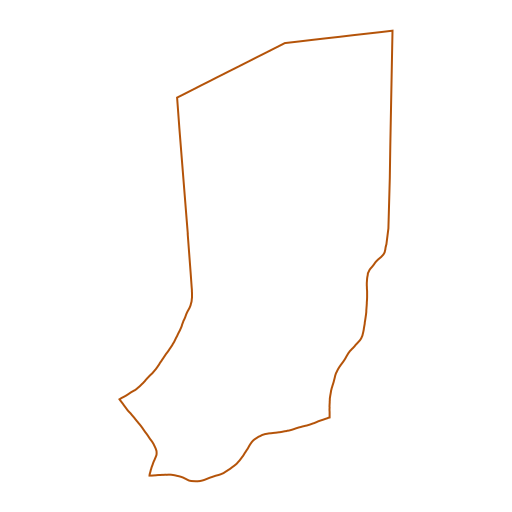 the district of Al Qaff, Hadramawt, Yemen
{"feature_id": "15242507B27832262197062", "entity_name": "Al Qaff", "entity_type": "district", "adm_level": 2, "iso_a3": "YEM", "parent_name": "Yemen", "parent_adm1": "Hadramawt", "projection": "albers", "projection_center": [48.909, 17.431], "detail": "fine", "context": "isolated", "style": "outline", "palette": "amber", "viewbox_px": 512, "rotation_deg": 0, "n_neighbors": 0, "source": "geoboundaries", "source_scale": "gbopen_adm2", "svg_char_len": 6034}
<svg xmlns="http://www.w3.org/2000/svg" viewBox="0 0 512 512"><path d="M392.5,30.7L381.6,32.0L368.2,33.5L353.8,35.1L339.7,36.8L326.1,38.3L312.2,39.9L298.8,41.5L284.8,43.1L272.2,49.5L264.9,53.2L256.9,57.2L245.1,63.2L237.0,67.3L229.0,71.3L216.7,77.5L209.1,81.4L201.1,85.4L189.2,91.5L177.1,97.6L179.4,128.7L186.7,220.2L187.8,233.8L187.7,233.9L190.7,273.7L191.6,286.3L191.7,287.6L191.8,288.8L191.9,290.0L191.9,291.5L192.0,292.8L192.0,294.0L192.0,297.6L191.8,299.0L191.7,300.2L191.5,301.8L191.1,303.1L190.8,304.3L190.5,305.5L190.0,306.7L189.6,307.7L188.9,309.0L188.3,310.1L187.5,311.5L186.8,313.0L186.3,314.1L185.8,315.5L185.2,317.2L184.6,318.6L184.1,319.7L183.5,320.8L183.1,322.0L182.6,323.3L182.1,324.6L181.8,325.8L181.4,326.9L180.8,328.3L180.2,329.6L180.1,329.9L179.5,331.1L178.9,332.2L178.4,333.2L177.8,334.4L177.2,335.8L175.9,338.2L175.4,339.3L174.8,340.5L174.2,341.8L173.4,343.1L172.7,344.2L172.1,345.4L171.3,346.5L170.6,347.6L169.8,348.7L168.9,350.1L168.5,350.7L168.0,351.4L167.2,352.5L166.3,353.6L165.6,354.6L164.9,355.7L164.0,357.0L163.3,358.1L162.6,359.1L162.3,359.5L161.5,360.8L160.8,361.8L160.6,362.0L159.8,363.2L159.1,364.5L158.1,365.9L157.3,367.1L156.5,368.2L155.7,369.3L154.8,370.3L154.0,371.3L153.2,372.2L152.4,373.2L151.4,374.1L150.3,375.1L149.4,376.0L148.4,377.1L147.5,378.0L146.6,379.0L145.6,380.1L144.8,381.2L144.0,382.0L143.1,383.0L142.0,384.0L139.9,386.1L139.0,386.9L138.0,387.7L137.0,388.6L135.9,389.5L134.9,390.2L134.3,390.5L133.8,390.7L132.8,391.3L131.7,391.9L130.7,392.5L128.4,394.1L125.9,395.7L124.8,396.3L123.7,396.9L122.5,397.5L121.5,398.0L120.2,398.9L119.5,399.3L119.9,399.9L120.8,401.1L121.8,402.4L122.9,403.8L123.7,405.0L124.6,406.2L126.1,408.2L126.9,409.3L127.8,410.5L128.7,411.5L129.7,412.5L130.6,413.4L131.7,414.8L134.3,417.8L135.1,418.9L136.1,420.1L136.4,420.5L136.8,421.0L137.6,421.9L138.6,423.2L139.5,424.2L140.4,425.3L141.4,426.6L142.1,427.6L142.3,427.8L142.8,428.6L143.7,429.9L144.6,431.2L145.3,432.2L146.1,433.2L147.0,434.4L147.7,435.4L148.5,436.6L149.2,437.7L150.0,438.9L150.7,439.8L151.4,440.7L152.4,442.1L153.1,443.3L153.5,443.9L153.8,444.6L154.5,446.0L155.2,447.5L155.7,448.6L156.1,449.8L156.5,451.0L156.6,452.5L156.6,453.9L156.4,455.2L155.9,456.5L155.5,457.5L155.0,458.6L154.5,459.9L153.9,461.1L153.3,462.6L152.9,463.7L152.6,464.7L152.4,465.2L151.9,466.5L151.5,467.6L151.2,468.8L150.8,469.9L150.5,471.3L150.1,472.7L149.7,474.1L149.5,475.4L149.5,475.6L149.8,475.6L151.2,475.6L153.0,475.5L154.1,475.4L155.8,475.3L157.4,475.1L159.0,475.0L160.4,475.0L161.5,474.9L162.9,474.9L164.3,474.8L165.5,474.7L166.6,474.8L168.0,474.7L169.5,474.7L170.7,474.7L171.7,474.8L173.0,475.0L174.3,475.2L175.7,475.5L176.8,475.8L178.3,476.1L179.5,476.4L180.6,476.7L182.1,477.2L183.4,477.7L184.5,478.3L185.6,478.8L186.7,479.4L187.7,479.9L188.9,480.5L190.1,480.8L191.3,481.0L192.7,481.1L194.3,481.2L197.2,481.3L198.3,481.2L199.5,481.1L201.1,480.8L201.5,480.7L202.3,480.5L203.4,480.2L204.6,479.8L206.1,479.2L207.1,478.8L208.3,478.3L209.3,477.9L210.7,477.4L212.0,477.0L213.1,476.6L214.3,476.2L215.4,475.8L216.9,475.4L218.2,475.1L219.8,474.6L220.9,474.2L222.1,473.7L223.5,473.1L224.7,472.3L225.9,471.5L227.2,470.7L228.2,470.0L229.4,469.3L230.4,468.6L231.8,467.5L232.3,467.1L232.9,466.7L233.7,466.1L233.9,466.0L234.9,465.2L235.9,464.4L236.9,463.5L237.9,462.3L239.0,461.1L239.8,460.2L240.6,459.1L241.3,458.2L242.0,457.2L242.9,456.1L243.8,454.7L244.6,453.3L245.7,451.7L246.7,450.1L247.7,448.7L248.3,447.6L249.0,446.3L249.7,445.1L250.6,443.7L251.2,442.9L251.5,442.4L252.6,441.1L253.5,440.2L254.5,439.4L255.7,438.6L256.8,437.9L258.3,436.9L259.3,436.4L260.4,436.0L261.5,435.3L262.7,434.8L263.8,434.5L264.6,434.2L265.0,434.1L266.2,433.9L267.4,433.7L268.9,433.4L270.3,433.3L271.5,433.2L272.9,433.0L273.8,432.9L274.5,432.8L276.0,432.7L277.3,432.5L278.7,432.3L279.9,432.2L281.1,432.0L282.2,431.8L283.5,431.5L285.1,431.2L286.3,431.1L287.5,430.7L287.9,430.7L288.7,430.6L289.9,430.3L291.4,429.9L292.7,429.5L294.2,429.0L295.8,428.4L297.4,427.9L299.0,427.4L300.8,427.0L302.4,426.5L304.1,426.1L305.3,425.8L306.9,425.5L308.1,425.1L309.5,424.7L310.9,424.2L312.0,423.8L313.1,423.4L314.2,423.1L315.6,422.5L316.8,422.0L317.2,421.8L317.8,421.5L319.4,420.9L321.8,420.1L322.8,419.8L324.2,419.3L325.6,418.8L327.2,418.3L328.3,417.8L329.6,417.5L329.6,416.2L329.6,415.0L329.6,414.3L329.6,413.4L329.6,412.0L329.5,410.5L329.5,408.9L329.6,407.7L329.5,406.5L329.6,404.0L329.7,402.8L329.7,401.5L329.8,400.2L329.8,398.8L330.0,397.3L330.2,396.0L330.4,394.8L330.5,394.3L330.6,393.7L330.9,392.0L331.1,390.6L331.4,389.5L331.7,388.2L332.1,387.0L332.5,385.6L332.8,384.7L332.9,384.4L333.3,383.1L333.7,381.8L334.0,380.5L334.3,379.4L334.6,378.2L334.9,377.0L335.2,375.6L335.6,374.4L336.0,373.2L336.6,372.1L337.2,370.8L338.3,368.7L339.0,367.6L339.8,366.3L340.1,366.0L340.6,365.2L343.0,362.0L343.7,361.0L344.5,359.8L345.2,358.7L345.8,357.6L346.4,356.5L347.0,355.5L347.7,354.3L348.5,353.0L349.2,352.1L349.9,351.1L351.0,350.0L352.1,348.8L353.0,348.0L353.5,347.4L354.4,346.5L355.7,344.8L356.9,343.6L358.0,342.4L359.0,341.3L359.9,340.3L360.6,339.3L361.3,338.1L361.9,336.7L362.4,335.6L362.7,334.3L363.0,333.1L363.3,331.8L363.6,330.3L363.8,329.3L363.8,329.0L364.0,327.8L364.2,326.6L364.4,325.5L364.7,323.8L364.8,322.4L365.0,321.2L365.2,320.0L365.4,318.7L365.6,317.3L365.8,315.9L366.0,314.6L366.3,311.8L366.3,310.4L366.4,309.2L366.5,307.8L366.6,306.5L366.7,305.2L366.7,304.9L366.8,303.8L366.8,302.6L366.9,301.2L367.0,300.0L367.1,297.2L367.1,294.2L367.1,292.6L367.1,291.2L367.0,289.8L366.9,288.4L366.9,287.0L366.8,285.6L366.8,283.0L366.9,281.6L367.0,280.1L367.1,278.7L367.3,277.1L367.6,275.7L367.8,274.5L367.9,273.3L368.5,272.1L369.1,270.8L369.6,269.8L370.3,268.8L371.1,267.9L372.0,266.9L372.9,265.8L373.9,264.5L374.7,263.3L375.5,262.2L376.3,261.3L377.1,260.5L377.3,260.3L378.1,259.5L378.9,258.8L379.1,258.7L380.0,257.9L381.0,257.1L382.6,255.4L383.4,254.5L384.2,253.2L384.7,252.1L385.0,250.7L385.3,249.5L385.5,248.0L385.6,247.5L385.7,246.8L386.0,245.9L386.0,245.6L386.4,244.3L388.4,228.4L389.8,178.1L390.3,145.5L392.5,30.7Z" fill="none" stroke="#b45309" stroke-width="2"/></svg>